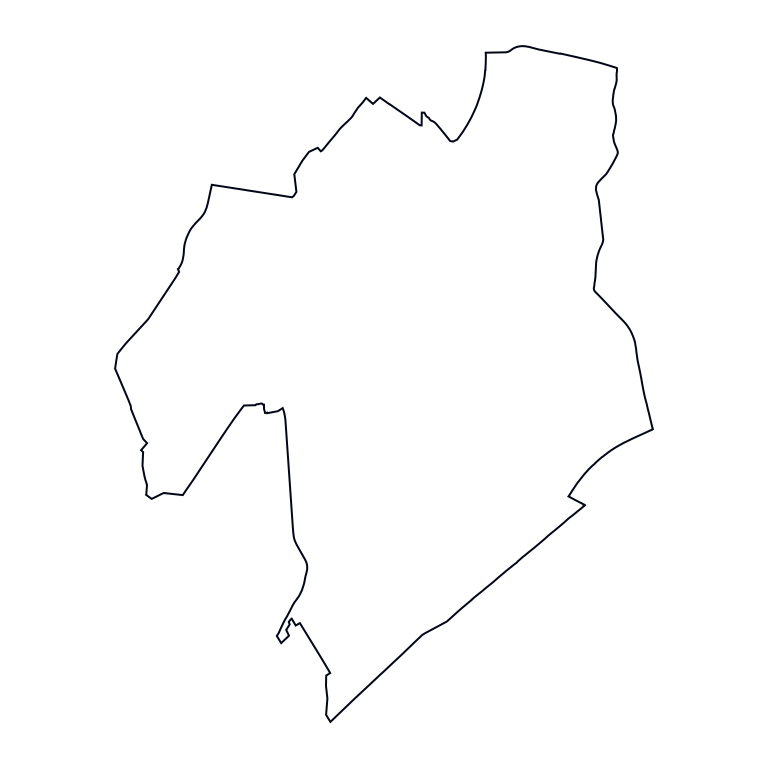 the district of Leiden, Zuid-Holland, Netherlands
{"feature_id": "6326949B91980754405751", "entity_name": "Leiden", "entity_type": "district", "adm_level": 2, "iso_a3": "NLD", "parent_name": "Netherlands", "parent_adm1": "Zuid-Holland", "projection": "orthographic", "projection_center": [4.488, 52.152], "detail": "fine", "context": "isolated", "style": "outline", "palette": "ink", "viewbox_px": 768, "rotation_deg": 0, "n_neighbors": 0, "source": "geoboundaries", "source_scale": "gbopen_adm2", "svg_char_len": 5996}
<svg xmlns="http://www.w3.org/2000/svg" viewBox="0 0 768 768"><path d="M125.3,344.1L117.4,353.9L116.3,360.6L115.1,368.7L120.2,380.6L128.5,400.2L130.8,406.1L131.0,409.0L132.4,412.5L135.5,420.2L139.5,430.0L141.3,434.6L142.4,437.2L143.1,438.9L145.5,441.5L147.1,443.1L145.8,444.7L141.1,450.2L143.1,452.1L142.5,465.7L143.4,470.7L144.8,477.8L147.0,485.0L146.3,494.5L146.1,494.8L148.0,496.2L151.7,498.9L163.6,493.0L182.8,495.1L186.2,490.0L192.6,480.8L221.2,437.7L227.6,428.2L234.3,418.5L241.8,408.3L244.0,405.5L255.5,405.2L256.3,404.3L258.0,404.2L260.7,403.6L261.9,403.6L262.6,404.1L263.2,404.8L264.0,404.7L264.0,408.6L264.2,409.7L264.8,411.7L265.1,413.0L267.2,412.7L267.3,413.2L277.8,411.2L278.0,411.1L282.7,408.1L283.0,408.9L283.5,410.4L284.1,412.3L284.5,414.3L284.9,416.3L285.2,418.4L285.4,419.8L292.9,528.3L293.3,532.8L293.6,535.4L293.8,536.8L294.2,538.7L294.9,540.8L295.7,542.7L296.7,544.8L298.0,547.1L302.9,555.8L305.0,559.4L305.6,560.7L306.1,561.7L306.5,562.8L307.0,564.9L307.2,566.6L307.2,567.2L307.2,567.8L307.2,568.9L307.1,569.7L306.7,571.6L306.3,573.5L305.5,576.2L305.0,578.9L304.8,579.8L304.7,580.5L304.1,583.4L303.2,586.4L302.6,588.1L302.2,589.4L301.9,590.3L300.4,593.4L299.0,596.2L297.8,597.8L296.1,600.2L294.5,602.3L292.6,605.5L289.5,611.7L287.9,614.7L287.0,616.5L286.0,618.0L284.9,619.9L283.6,622.4L281.8,626.2L280.4,629.2L279.4,631.5L279.0,632.5L278.0,634.1L277.1,635.5L276.8,635.9L281.2,643.1L289.0,635.7L286.2,629.9L288.0,627.1L289.7,624.4L288.8,621.9L290.3,619.9L291.7,618.7L295.7,625.5L299.9,623.1L312.7,644.0L321.4,658.2L330.2,673.0L326.2,675.6L326.0,686.0L327.4,698.5L326.1,714.9L330.4,721.9L355.2,698.1L359.2,694.4L366.5,687.6L381.5,673.5L383.0,672.2L393.4,662.4L400.7,655.6L416.5,640.4L422.3,634.9L425.5,633.0L446.9,621.5L457.1,612.3L461.5,608.4L472.0,599.6L471.9,599.5L475.3,596.6L479.3,593.4L482.2,591.1L486.3,587.6L489.1,585.4L493.6,581.7L496.7,579.0L498.6,577.3L506.2,570.9L514.9,563.9L515.3,563.6L516.0,563.2L516.4,562.9L516.7,562.6L517.5,561.7L518.3,560.9L523.0,556.8L525.1,555.2L528.2,552.6L534.1,547.9L543.7,539.8L548.1,535.8L550.4,533.9L557.5,528.1L563.5,523.0L565.9,520.9L567.6,519.3L568.9,518.2L572.2,515.7L578.2,510.8L584.6,505.6L583.8,505.1L584.3,504.7L576.3,500.6L568.5,496.4L570.3,493.8L571.9,491.2L576.4,484.4L578.0,482.2L578.9,481.1L582.8,476.1L584.7,473.8L588.9,469.1L592.5,465.6L594.0,464.4L596.6,461.8L599.3,459.4L602.1,457.0L602.3,457.0L604.7,455.1L606.7,453.6L608.3,452.3L611.3,450.2L612.7,449.3L615.5,447.5L619.3,445.3L623.7,442.9L629.2,440.2L634.0,437.9L651.5,429.9L651.9,429.8L651.9,429.6L652.9,429.1L652.2,426.9L651.1,422.3L650.0,417.8L649.0,413.5L647.8,408.9L646.7,404.0L645.9,401.0L645.1,398.1L644.1,393.7L643.3,389.7L642.7,386.5L642.0,382.7L641.3,378.6L640.1,372.3L639.2,368.0L637.9,361.9L637.4,359.1L636.6,353.3L636.4,352.0L636.1,349.0L635.1,343.1L634.9,341.9L634.6,340.8L633.8,338.5L633.4,337.3L632.5,335.0L631.5,332.7L630.3,330.4L629.6,329.2L628.2,327.0L626.6,324.8L625.7,323.7L623.6,321.3L615.7,313.3L609.5,306.7L601.5,298.2L596.9,293.5L595.9,292.5L594.9,291.5L594.6,291.1L594.4,290.6L594.1,290.1L594.0,289.7L593.9,289.0L593.8,288.2L594.2,286.5L594.6,282.5L595.0,280.6L595.2,278.8L595.4,277.3L595.6,273.5L596.1,263.7L596.3,261.5L596.5,260.1L597.0,258.0L597.4,256.1L597.8,254.7L598.8,251.6L599.9,248.8L600.4,247.8L601.5,245.5L602.2,244.0L602.8,242.2L603.3,239.6L603.0,237.5L602.6,234.0L601.1,220.6L600.9,218.5L600.5,215.2L598.8,200.0L597.3,195.3L595.9,189.8L596.2,186.1L596.3,185.9L596.9,184.3L598.0,182.6L598.5,182.0L599.3,181.1L601.6,178.7L605.9,174.4L606.1,174.1L607.1,172.8L609.1,169.6L611.9,165.0L612.4,164.2L613.0,163.1L616.2,157.0L616.8,155.7L617.0,155.3L617.3,154.7L617.5,154.0L617.7,153.2L617.8,152.8L617.7,151.7L617.7,151.4L617.6,151.0L617.5,150.6L617.4,150.3L616.9,149.0L614.9,144.3L614.0,141.8L613.4,138.3L613.0,135.4L613.0,135.1L613.8,132.2L614.0,131.3L614.1,130.5L614.7,128.6L615.0,127.1L615.8,123.2L616.0,121.6L616.1,121.0L616.1,120.1L616.1,118.6L616.0,116.1L615.9,115.4L615.2,111.9L615.0,110.7L614.7,109.1L614.2,107.8L613.0,104.6L612.9,103.7L612.7,101.0L612.7,100.6L612.8,99.2L613.1,97.3L613.2,95.5L613.3,94.8L613.4,94.0L613.6,93.2L613.8,91.8L614.1,90.4L614.2,89.7L614.4,89.2L614.8,88.2L616.3,82.8L616.6,80.8L616.7,80.2L616.6,75.1L616.6,74.0L616.7,72.9L616.9,71.9L617.0,71.4L617.0,69.6L616.9,68.0L609.6,65.7L600.3,62.9L591.3,60.6L582.4,58.5L560.3,53.5L560.0,53.8L559.2,53.6L555.6,52.9L538.8,49.5L528.9,46.9L525.5,46.3L522.5,46.1L519.8,46.3L518.0,46.7L516.1,47.2L514.2,48.0L512.8,48.8L509.8,51.0L508.1,51.8L506.0,52.3L485.7,52.7L485.8,54.4L485.9,57.5L485.7,63.6L485.4,70.1L485.2,70.1L484.7,75.6L484.1,79.5L483.2,84.0L482.0,89.0L481.0,92.7L480.3,94.9L479.5,97.6L478.4,100.7L476.9,105.1L475.2,109.2L471.3,117.5L469.1,121.5L467.2,124.9L464.5,129.2L463.0,131.6L461.9,133.2L460.8,134.7L457.2,139.6L453.0,141.6L452.6,141.4L451.0,141.2L450.1,141.0L448.9,139.4L445.5,135.1L439.8,128.1L436.0,123.7L435.4,123.1L434.6,122.4L433.3,121.5L431.1,120.6L430.4,120.1L429.9,119.6L429.7,119.3L429.3,118.7L429.0,118.1L428.7,117.8L426.9,116.7L426.5,116.4L426.1,115.8L424.4,112.7L424.2,112.7L421.8,112.6L421.6,125.4L419.8,125.3L412.8,120.3L407.8,116.8L389.6,104.2L389.5,104.3L379.9,97.5L373.0,103.9L366.3,98.0L366.2,98.0L366.1,97.9L366.0,98.0L363.6,101.3L362.5,102.7L360.5,104.9L358.6,107.0L357.8,107.9L356.8,109.5L354.2,113.3L352.8,115.7L352.3,116.4L351.6,117.3L350.8,118.2L349.2,119.8L347.3,121.7L344.9,123.9L343.5,125.2L340.7,128.0L340.0,128.7L334.7,135.5L330.5,140.4L322.4,150.3L320.8,151.3L317.7,147.8L309.0,151.9L302.3,160.8L294.3,174.2L296.4,191.9L293.9,195.8L293.7,196.0L292.0,197.3L211.8,184.8L209.3,196.5L207.8,203.3L207.2,205.5L206.6,207.7L205.7,209.9L204.8,212.1L203.6,214.1L202.1,216.2L200.4,218.2L195.4,223.4L192.4,227.0L191.0,228.8L189.8,230.8L188.8,232.8L186.8,237.2L186.0,239.4L184.7,244.0L184.3,246.4L184.0,248.9L183.7,254.2L182.9,259.0L182.3,261.3L181.5,263.5L180.4,265.6L178.8,268.5L177.9,269.1L178.4,270.2L179.1,271.9L175.2,278.3L173.1,281.5L148.0,319.4L128.2,340.9L125.3,344.1Z" fill="none" stroke="#020617" stroke-width="2"/></svg>